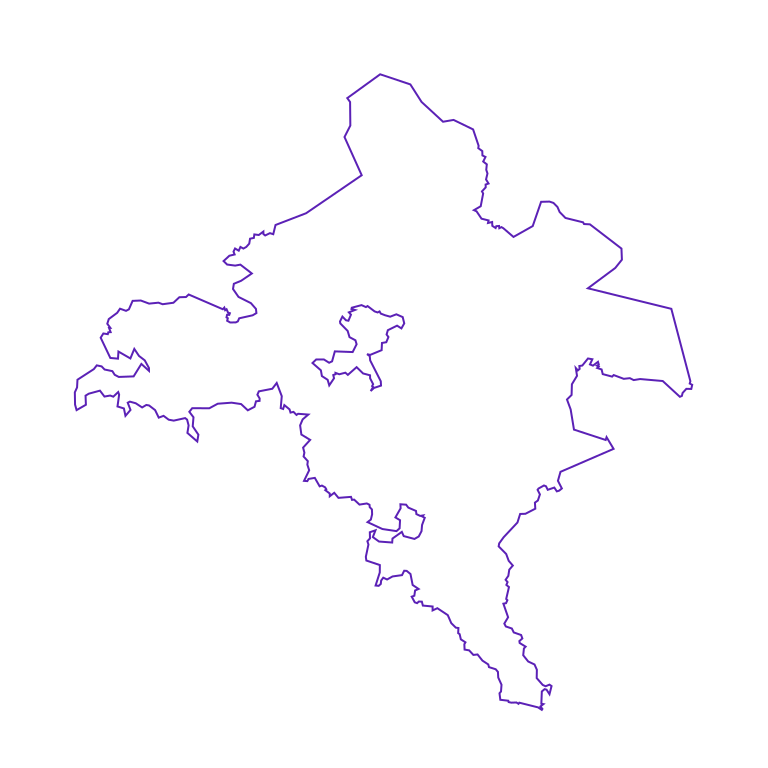 the district of San Juan Lalana, Oaxaca, Mexico, rotated 186°
{"feature_id": "50627088B92037295978986", "entity_name": "San Juan Lalana", "entity_type": "district", "adm_level": 2, "iso_a3": "MEX", "parent_name": "Mexico", "parent_adm1": "Oaxaca", "projection": "albers", "projection_center": [-95.758, 17.512], "detail": "fine", "context": "isolated", "style": "outline", "palette": "violet", "viewbox_px": 768, "rotation_deg": 186, "n_neighbors": 0, "source": "geoboundaries", "source_scale": "gbopen_adm2", "svg_char_len": 6139}
<svg xmlns="http://www.w3.org/2000/svg" viewBox="0 0 768 768"><g transform="rotate(186 384 384)"><path d="M687.0,325.9L678.3,332.2L679.6,341.2L676.6,343.5L665.8,347.7L660.7,342.3L655.1,343.9L651.9,343.1L647.5,348.2L646.3,345.7L646.7,333.8L640.1,332.5L637.8,325.3L633.4,331.7L636.9,338.6L634.9,339.9L628.9,338.9L622.1,335.4L618.2,338.3L615.4,338.1L608.9,334.1L604.5,327.0L599.9,329.3L594.4,326.0L589.3,325.6L578.2,329.3L576.1,328.0L574.0,322.4L574.4,314.8L563.7,307.3L563.3,314.2L569.8,321.9L570.0,331.0L574.7,336.0L572.2,339.9L555.2,341.6L547.3,347.0L533.6,349.5L524.0,349.1L516.7,343.6L510.4,347.8L509.5,353.4L506.0,354.2L506.2,356.7L508.8,360.1L507.7,363.6L494.6,367.6L490.8,373.8L484.4,361.2L484.2,349.2L481.7,348.6L480.9,352.6L475.3,348.9L474.0,345.8L471.1,346.8L467.8,344.1L466.3,345.4L456.1,345.7L461.2,340.3L463.1,334.1L460.9,325.1L451.6,320.7L457.8,312.3L456.0,307.4L456.4,303.5L451.7,299.3L451.8,295.8L449.4,290.4L453.4,279.3L450.1,279.4L449.1,281.7L443.0,283.4L437.3,275.5L435.1,276.5L431.8,275.1L430.4,273.3L431.3,272.3L426.5,269.4L426.2,266.7L422.1,270.6L417.4,266.0L405.0,268.3L403.7,265.4L401.6,265.9L395.8,261.5L388.6,263.4L385.8,262.4L385.3,260.0L382.9,258.0L382.2,253.2L382.9,247.8L385.9,244.9L370.4,239.6L356.2,239.0L353.4,242.1L353.8,250.2L358.7,252.5L354.5,262.1L355.1,266.1L349.4,266.3L346.9,263.6L338.9,261.1L338.2,258.0L334.2,256.6L331.3,257.4L332.0,256.2L329.5,255.2L331.4,247.8L331.3,241.6L333.5,236.0L337.5,233.1L348.5,234.8L350.8,238.8L359.4,231.2L359.3,227.2L372.5,226.8L379.1,230.6L377.2,237.6L382.6,235.1L381.8,229.0L384.1,225.9L382.7,222.7L384.0,210.2L383.1,206.6L369.2,203.5L368.5,196.1L371.3,182.7L368.2,182.7L366.3,184.8L366.3,188.2L364.5,191.3L360.5,189.9L355.4,193.5L346.1,195.8L344.4,200.4L341.9,200.5L337.8,197.8L334.5,187.1L328.2,183.8L331.5,181.9L331.7,176.6L334.2,175.4L330.6,170.1L328.2,169.5L326.6,171.3L323.6,171.5L322.2,167.7L312.4,167.8L312.0,163.9L307.5,166.6L296.4,160.8L292.1,153.2L287.1,149.2L284.5,149.1L284.2,144.0L282.6,143.1L280.9,138.1L276.0,135.6L276.9,133.6L276.1,128.3L271.5,128.0L266.8,123.9L262.7,124.8L257.2,119.2L251.0,116.0L250.0,113.4L243.1,112.0L240.6,109.6L239.7,104.0L235.7,97.2L235.5,90.4L236.8,88.5L235.3,82.1L227.3,82.0L226.8,80.7L224.1,80.4L219.0,81.1L216.8,80.0L216.1,81.2L197.0,78.5L193.0,76.4L192.5,77.4L194.7,79.7L192.0,82.3L194.1,82.5L194.9,94.7L192.4,97.3L190.4,97.0L187.0,92.8L185.8,101.1L188.0,102.3L191.7,100.3L194.7,101.3L201.4,107.5L202.1,115.8L205.0,120.8L211.6,123.1L217.2,128.8L217.2,135.6L215.7,137.6L222.0,140.6L222.5,142.5L219.8,145.4L221.4,148.7L229.0,150.5L231.3,154.2L237.5,155.6L239.3,158.3L236.2,165.0L242.3,178.0L239.7,178.8L238.7,181.9L240.0,183.0L238.5,195.1L241.3,197.0L240.4,199.9L242.6,202.0L240.3,206.2L240.0,212.5L236.9,216.9L241.5,221.2L244.7,227.7L253.0,234.5L252.8,237.5L249.0,244.1L236.8,260.2L235.0,269.0L229.8,269.7L220.5,275.8L221.5,281.8L218.8,284.2L217.4,290.5L220.2,294.8L219.4,296.2L214.3,299.8L212.2,299.2L210.1,295.9L203.8,298.8L200.9,295.3L198.7,296.2L196.2,298.7L200.9,305.9L199.3,315.1L148.9,343.5L157.1,354.4L157.7,351.5L190.3,358.5L195.7,378.2L200.4,387.7L196.3,392.7L197.1,403.4L192.9,412.3L194.9,419.9L192.6,417.8L191.0,419.5L191.6,422.3L188.7,423.1L183.8,430.7L179.4,430.4L181.2,425.0L178.1,424.1L173.5,428.4L172.4,425.7L174.1,424.5L172.3,423.8L173.6,422.2L169.1,421.2L167.5,416.7L157.9,415.2L156.5,416.9L146.1,414.2L140.1,415.5L136.1,414.0L129.8,415.7L107.1,416.1L88.4,402.2L86.5,403.3L86.1,406.3L82.8,410.8L77.9,411.2L77.4,415.4L80.0,416.4L79.6,418.8L106.1,488.8L191.2,500.5L166.1,523.6L160.4,532.5L162.0,543.5L195.9,564.3L201.8,564.0L202.9,565.6L220.9,568.1L227.3,573.4L230.0,578.2L234.4,581.8L238.5,582.7L246.8,581.6L252.6,556.6L270.6,543.8L281.6,551.4L283.6,552.3L285.6,551.0L286.1,553.2L288.8,552.7L289.3,550.8L292.8,552.6L293.4,556.4L297.4,555.0L297.1,557.6L304.3,558.6L310.0,565.4L312.7,566.3L306.4,570.9L305.3,583.8L306.7,585.8L303.4,590.2L303.8,593.0L301.0,594.3L303.9,598.1L303.1,604.2L304.7,607.7L304.7,613.2L308.6,615.6L306.8,620.4L310.0,621.6L310.6,625.9L314.9,628.4L314.8,630.8L322.0,646.5L342.4,653.9L352.7,651.0L376.1,668.4L389.1,684.7L420.2,691.6L450.4,664.5L447.2,660.9L444.5,637.5L449.1,625.5L428.0,589.3L479.3,545.7L508.5,530.8L509.8,521.4L513.2,522.1L517.7,519.3L519.6,520.5L519.9,523.0L524.1,519.1L528.6,519.2L528.7,515.7L532.4,514.5L532.7,509.5L535.3,505.9L538.0,504.0L541.1,505.3L542.4,501.4L546.3,503.2L547.5,499.9L546.1,497.2L551.2,495.4L556.4,489.5L552.5,486.4L544.4,486.2L539.3,487.7L527.0,480.1L536.9,471.7L543.8,468.0L544.1,462.7L537.8,455.4L524.8,450.5L519.2,445.3L518.3,441.2L521.8,438.6L534.9,434.2L535.9,431.0L537.8,429.8L543.4,429.1L546.6,430.5L546.2,433.1L547.6,433.8L547.3,436.4L545.1,436.6L544.7,438.3L546.5,438.6L548.4,441.9L549.7,440.8L550.8,443.3L552.1,441.5L587.6,452.6L590.0,449.8L596.6,448.9L601.9,442.8L612.5,440.2L616.8,441.3L626.0,439.4L634.6,441.6L642.7,440.4L645.5,431.6L648.2,429.8L654.4,431.3L656.8,426.9L664.5,419.8L665.5,415.0L662.0,411.2L663.3,411.0L661.3,407.0L663.6,406.6L663.9,404.7L668.4,404.9L670.6,400.4L658.9,381.3L651.2,381.4L651.5,388.5L638.9,382.9L636.0,392.8L630.6,386.3L624.4,382.5L619.4,375.3L619.1,372.5L627.4,378.6L633.8,365.4L648.5,363.3L652.8,365.0L655.5,368.4L663.4,369.2L666.7,372.0L671.6,372.5L674.1,368.5L689.3,356.2L688.9,348.5L690.6,343.4L689.1,331.2L687.0,325.9ZM438.3,376.9L440.5,382.3L446.6,385.4L448.2,391.0L457.3,397.4L454.0,401.3L446.3,402.1L440.8,399.4L438.0,401.1L436.3,411.3L418.5,412.5L415.4,420.7L417.0,424.5L423.2,427.0L425.7,433.0L433.8,439.7L434.3,441.6L432.4,446.7L428.5,443.4L426.0,443.2L424.1,449.5L426.4,451.6L420.6,454.6L424.2,455.2L424.0,456.5L414.6,460.1L410.0,458.6L408.5,459.8L400.9,455.2L397.8,454.5L396.0,455.7L394.6,453.7L390.2,452.5L384.9,451.6L379.0,454.6L372.4,452.5L370.2,446.4L372.5,441.1L377.1,443.4L385.8,437.9L386.6,433.5L384.5,431.2L386.1,425.8L390.3,424.6L389.9,417.4L400.8,411.5L404.0,411.9L401.1,410.3L400.2,406.0L387.5,386.4L386.8,382.1L393.6,379.0L396.5,375.6L394.5,379.9L395.6,380.7L394.8,382.7L398.4,388.2L398.8,391.2L405.9,392.3L413.0,397.9L420.9,389.3L423.6,391.2L429.5,389.0L433.4,390.0L433.2,388.7L435.4,387.6L434.3,384.5L438.3,376.9Z" fill="none" stroke="#5b21b6" stroke-width="2"/></g></svg>